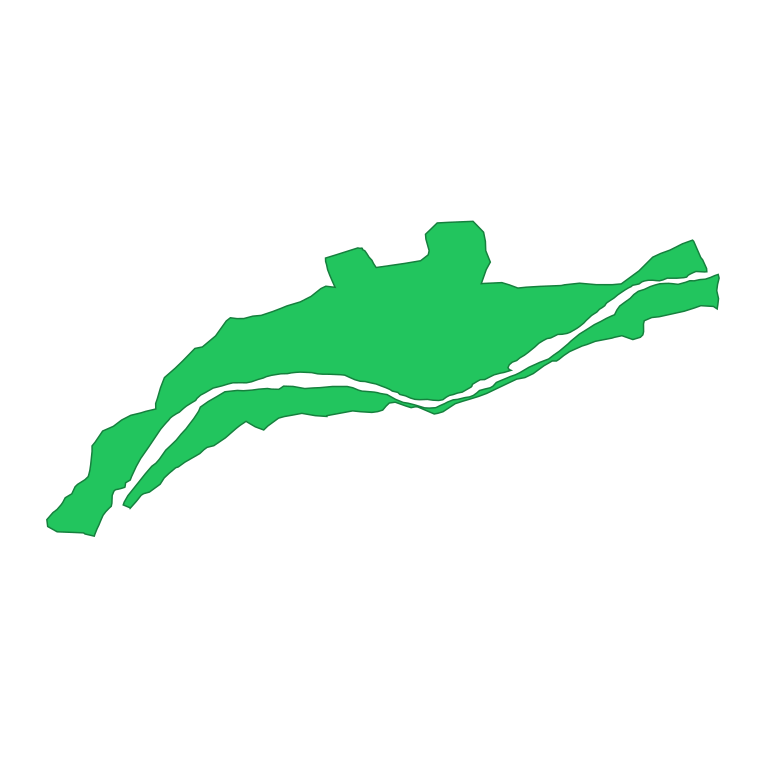 Isna, Qina, Egypt (Robinson projection), rotated 93°
{"feature_id": "37247803B29149830762978", "entity_name": "Isna", "entity_type": "district", "adm_level": 2, "iso_a3": "EGY", "parent_name": "Egypt", "parent_adm1": "Qina", "projection": "robinson", "projection_center": [32.548, 25.368], "detail": "fine", "context": "isolated", "style": "filled", "palette": "green", "viewbox_px": 768, "rotation_deg": 93, "n_neighbors": 0, "source": "geoboundaries", "source_scale": "gbopen_adm2", "svg_char_len": 6051}
<svg xmlns="http://www.w3.org/2000/svg" viewBox="0 0 768 768"><g transform="rotate(93 384 384)"><path d="M551.1,665.4L549.0,664.8L543.7,663.0L539.9,661.4L535.1,659.7L529.8,657.7L526.0,655.1L522.4,652.0L520.4,650.0L517.3,649.5L509.5,649.6L505.1,648.1L503.6,646.6L502.9,643.7L502.0,640.8L500.7,637.4L499.2,637.1L496.2,636.9L495.1,635.3L493.2,632.4L489.5,631.2L479.3,627.1L471.1,623.1L459.4,615.8L440.7,604.6L436.5,601.4L433.6,599.1L431.5,597.3L429.1,595.6L427.3,593.6L424.5,589.7L422.9,587.0L418.9,583.0L416.3,580.1L412.6,574.8L410.2,571.2L408.2,570.1L404.7,566.6L401.8,561.8L397.0,554.4L394.4,545.9L392.2,539.8L390.7,535.0L390.2,526.7L390.0,521.4L388.7,516.4L386.1,510.1L384.3,504.8L382.8,501.9L381.2,496.8L380.1,491.7L379.2,487.5L378.7,481.0L377.7,477.0L377.0,472.7L376.5,468.3L376.4,456.8L377.3,450.9L377.4,445.6L377.1,439.1L377.0,427.6L377.2,423.7L379.3,418.4L381.2,413.4L382.5,407.9L382.5,403.0L383.6,397.0L384.4,391.9L386.1,386.7L387.6,381.9L389.2,377.7L390.6,375.4L391.7,369.7L393.6,367.6L394.7,361.9L396.7,356.6L397.7,352.4L397.8,347.6L397.1,339.8L397.6,334.2L397.6,328.5L396.6,324.4L393.7,320.9L391.9,317.9L391.0,314.5L389.2,310.1L388.0,305.4L385.0,300.8L382.5,296.9L381.7,296.2L379.7,295.7L376.7,291.3L374.7,288.1L374.3,283.7L371.4,278.7L369.1,274.6L367.1,268.5L366.2,264.8L365.2,262.0L363.7,257.9L363.0,259.7L361.2,261.1L358.2,259.9L355.5,257.1L353.6,252.7L350.8,249.7L347.9,245.3L344.9,241.7L339.2,235.4L335.2,231.5L332.3,227.3L330.1,223.6L329.3,220.0L327.1,216.0L325.4,213.1L325.0,208.7L323.9,203.8L322.5,200.7L318.4,194.4L316.3,191.7L312.7,187.7L309.8,185.3L307.2,182.7L304.7,180.3L302.7,177.6L301.1,175.3L298.1,172.8L296.1,169.9L294.2,167.6L292.5,166.7L291.3,165.8L289.3,163.2L286.0,158.7L282.8,155.3L280.5,152.3L277.5,148.3L275.2,144.9L273.8,142.3L272.4,140.9L271.5,137.3L270.7,134.5L268.5,131.8L267.4,129.1L266.6,125.6L266.3,121.1L266.5,117.6L266.5,114.3L265.4,110.8L263.4,106.5L263.4,104.6L263.2,100.4L263.0,97.2L262.5,93.1L262.1,90.1L261.4,87.4L259.4,85.9L257.9,83.5L256.4,80.7L255.3,78.4L255.3,69.9L255.0,67.5L251.8,67.9L243.3,72.3L241.1,74.3L225.3,82.2L224.2,83.4L228.3,93.2L235.3,105.4L239.2,114.6L243.3,122.3L257.7,135.3L271.6,152.3L272.9,161.4L273.4,171.4L273.7,177.3L273.1,194.0L275.5,208.9L276.4,212.2L278.4,233.8L279.9,247.1L281.2,255.4L280.7,256.8L278.5,263.9L276.6,271.6L278.4,289.9L278.7,292.1L264.4,287.9L256.7,284.2L245.5,289.4L236.3,290.2L227.2,292.5L221.6,298.5L216.9,303.6L219.0,325.8L219.1,326.6L219.1,327.2L219.6,331.9L220.4,339.3L232.3,350.4L237.2,349.7L248.5,345.9L252.7,346.6L259.0,353.9L262.5,369.6L268.1,397.9L267.1,398.7L264.2,400.8L261.1,402.5L258.1,405.6L254.8,407.9L252.0,410.1L250.9,412.5L249.7,412.7L249.5,413.8L249.8,415.0L249.5,417.3L254.2,429.8L257.4,438.3L260.0,445.4L261.3,449.0L264.7,448.7L267.8,447.6L272.7,446.3L278.1,443.9L283.0,441.5L288.3,438.8L290.0,437.9L289.8,441.3L289.4,447.2L292.0,452.0L300.4,461.5L301.7,463.8L306.4,471.9L311.1,485.0L313.8,490.7L317.4,498.8L321.9,510.2L323.1,518.5L326.0,527.5L326.3,532.9L326.4,534.2L325.9,540.9L329.3,544.8L344.8,554.7L356.5,567.3L358.4,574.7L371.6,586.3L373.0,587.6L379.1,593.3L389.1,603.6L399.5,607.0L410.6,609.6L415.4,611.0L420.9,610.6L423.8,620.5L425.6,625.4L428.5,635.2L433.7,644.1L440.4,652.0L445.7,662.5L457.3,669.5L461.1,672.3L466.6,672.0L480.0,672.7L485.5,673.2L488.7,673.8L491.9,674.5L495.2,677.6L500.3,684.8L502.8,687.1L510.0,690.0L514.3,696.4L519.1,698.6L521.5,700.1L526.4,703.9L529.8,707.9L537.1,713.6L543.9,712.4L544.7,710.8L548.7,702.7L548.5,688.7L548.4,677.2L548.4,676.2L548.7,675.8L549.4,674.8L551.1,665.4ZM521.4,631.0L514.3,625.3L511.1,623.0L507.8,620.7L506.1,618.3L504.2,612.6L495.8,602.3L489.3,598.6L484.4,593.9L478.5,587.6L477.6,585.1L472.5,578.8L463.1,564.3L459.0,560.4L456.5,557.3L454.5,550.7L446.1,539.6L436.1,529.3L432.7,525.4L428.5,519.8L429.3,518.4L433.5,510.3L436.2,501.7L432.0,497.8L423.6,487.5L421.7,481.8L420.0,474.4L417.6,464.5L419.2,451.0L419.4,439.3L418.6,439.4L412.5,413.9L412.9,406.3L413.0,394.6L411.9,388.8L410.1,383.9L406.0,380.8L402.7,377.7L401.6,371.9L401.9,370.8L404.9,360.8L406.2,355.7L405.3,352.3L405.1,351.1L405.1,349.4L405.7,347.5L411.3,332.3L410.5,328.9L408.6,323.6L399.9,311.8L397.1,304.5L394.4,296.9L391.5,289.0L388.0,280.9L382.7,271.2L375.7,258.3L372.2,251.8L370.2,243.6L366.1,236.1L365.8,235.5L357.4,225.2L352.2,217.2L352.0,213.0L350.3,210.6L346.1,205.9L341.9,200.3L335.7,188.2L333.9,183.3L330.3,175.2L326.2,158.7L325.3,156.3L323.3,148.9L323.6,148.0L326.6,137.8L323.9,130.4L321.4,128.1L318.2,127.5L310.4,128.0L307.2,127.4L306.7,126.4L303.6,120.1L302.4,112.6L295.6,88.0L291.9,78.2L289.2,71.7L289.3,59.1L291.6,55.2L289.2,55.0L287.5,54.8L281.2,54.4L273.4,56.6L267.1,56.1L260.7,54.9L257.1,56.0L258.4,59.3L260.5,63.5L262.5,68.6L263.2,74.0L264.7,79.5L264.9,84.1L266.6,88.0L269.1,95.5L268.7,101.4L268.6,105.0L268.9,108.8L269.5,114.0L271.1,118.9L272.8,123.2L275.9,129.0L278.1,134.9L281.6,139.2L285.6,142.6L289.9,148.0L293.8,152.7L297.9,155.3L301.8,157.0L302.7,157.3L304.2,160.4L306.8,165.3L310.1,170.6L313.7,177.0L317.8,182.7L323.9,191.4L331.2,199.4L334.2,202.2L337.3,205.5L342.2,210.8L345.9,215.6L350.4,220.9L354.2,229.5L359.7,240.1L365.6,249.0L367.9,253.2L369.9,258.1L371.7,261.8L374.9,268.5L376.6,271.9L380.5,275.1L382.2,277.7L383.8,283.2L385.5,288.3L388.1,290.9L390.7,294.1L392.4,297.8L393.3,302.3L395.5,309.7L396.2,314.1L398.7,319.6L400.4,322.4L402.7,327.0L404.5,330.2L405.0,331.4L405.7,337.6L405.7,342.2L403.2,352.4L401.9,359.0L401.4,363.9L398.7,371.7L394.4,380.4L394.1,383.4L393.6,387.5L393.0,390.0L392.6,393.5L392.3,402.4L392.3,405.4L391.5,409.1L389.4,414.9L388.4,420.7L388.7,425.7L389.2,435.4L391.0,447.7L391.7,454.9L392.7,462.9L391.2,474.7L391.4,484.2L392.9,486.1L394.8,488.7L395.0,496.0L394.6,500.2L395.7,508.7L397.0,515.5L398.1,524.2L398.1,530.2L400.1,542.5L405.2,550.1L410.7,558.6L416.7,566.2L420.7,567.6L423.7,569.3L428.6,572.2L435.0,576.6L439.2,579.4L444.7,584.0L450.9,588.5L456.7,593.9L461.5,598.5L470.9,604.4L475.1,607.7L478.3,611.6L486.1,617.6L495.8,624.5L499.7,627.3L508.9,633.9L515.4,637.2L518.4,638.1L520.9,631.2L521.4,631.0Z" fill="#22c55e" stroke="#15803d" stroke-width="1.5"/></g></svg>